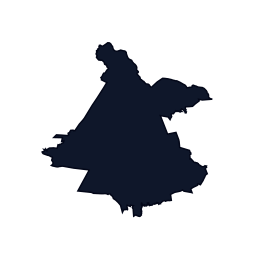 Jala, Nayarit, Mexico (Mercator projection), rotated 341°
{"feature_id": "50627088B47723743355914", "entity_name": "Jala", "entity_type": "district", "adm_level": 2, "iso_a3": "MEX", "parent_name": "Mexico", "parent_adm1": "Nayarit", "projection": "mercator", "projection_center": [-104.394, 21.203], "detail": "fine", "context": "isolated", "style": "filled", "palette": "ink", "viewbox_px": 256, "rotation_deg": 341, "n_neighbors": 0, "source": "geoboundaries", "source_scale": "gbopen_adm2", "svg_char_len": 5873}
<svg xmlns="http://www.w3.org/2000/svg" viewBox="0 0 256 256"><g transform="rotate(341 128 128)"><path d="M112.3,214.6L112.3,214.2L112.7,213.5L112.9,213.4L113.3,212.5L113.1,211.9L113.2,211.2L113.8,211.2L114.0,209.3L113.6,209.1L113.8,208.7L114.5,208.3L115.8,206.8L115.8,206.6L115.6,206.5L115.6,205.3L115.8,204.4L116.3,203.4L116.6,203.5L117.0,204.8L117.1,206.1L117.4,206.3L118.3,206.1L118.1,207.1L118.8,207.2L120.0,207.6L120.2,206.8L120.6,207.1L120.8,207.3L121.4,207.1L122.2,207.4L122.2,207.2L121.5,207.0L122.3,207.1L121.6,206.9L121.9,206.3L121.9,205.3L123.1,205.6L122.9,206.5L123.0,206.9L122.5,208.1L123.1,207.0L123.3,207.5L123.7,207.7L123.4,208.3L123.5,208.3L123.8,207.7L123.9,207.8L123.7,208.3L125.7,208.7L126.0,208.7L126.9,208.1L127.6,208.2L128.5,208.7L129.3,208.6L129.2,208.2L130.4,208.6L130.7,208.3L130.7,208.0L131.0,207.8L132.2,208.6L131.8,209.1L132.3,209.7L132.3,210.1L133.3,209.9L134.0,210.1L134.1,209.5L135.3,209.3L136.7,208.5L138.1,208.5L138.9,208.6L139.6,209.4L139.9,209.5L140.5,209.3L140.6,209.2L142.9,209.8L143.4,210.1L145.4,210.5L146.6,204.6L151.3,204.0L156.7,204.7L159.1,204.5L159.5,204.4L160.3,205.9L165.5,208.8L166.2,209.0L166.4,209.3L167.5,210.0L167.4,206.2L168.3,205.8L170.3,205.3L174.7,204.8L175.5,204.5L175.7,203.5L176.3,203.6L176.6,203.9L177.1,204.1L177.4,204.7L178.0,205.2L181.9,202.0L183.2,200.6L184.3,199.6L185.9,197.8L187.5,197.1L188.0,197.1L188.0,196.3L187.8,193.8L188.0,193.4L187.8,193.2L187.8,192.7L187.5,192.0L188.1,191.3L189.5,190.7L189.4,189.9L189.8,189.5L188.7,188.9L188.7,189.4L185.5,188.8L183.4,186.1L182.9,185.6L182.9,184.7L181.8,183.3L181.0,183.1L180.4,182.4L179.5,182.3L177.5,177.7L177.1,177.5L177.0,177.1L176.7,177.2L177.5,173.9L177.8,173.3L179.0,173.1L179.2,171.6L178.8,171.2L178.8,169.2L170.5,163.2L171.9,157.4L172.1,155.6L171.9,147.8L163.4,146.7L162.6,126.8L169.5,130.6L170.5,133.7L170.8,133.3L171.1,133.2L171.3,132.9L171.4,132.6L172.4,132.0L173.0,131.4L173.1,129.3L173.3,128.8L173.7,129.0L174.3,128.8L175.6,129.3L177.4,128.0L178.2,127.7L178.6,127.9L179.0,127.3L179.6,127.7L179.9,128.3L180.7,128.1L181.9,129.4L183.0,129.9L183.9,129.5L184.1,129.6L183.4,128.2L185.0,127.4L186.3,129.1L187.2,131.6L187.0,132.1L187.6,132.4L187.7,132.6L188.1,132.3L188.1,131.9L188.3,131.7L188.1,131.6L187.9,130.6L188.3,130.1L188.8,129.8L188.4,128.6L189.1,126.9L189.4,126.7L193.2,127.8L196.1,128.5L199.3,127.1L204.1,125.5L204.1,123.8L207.4,125.7L216.4,128.0L217.0,128.3L216.5,127.7L216.1,127.6L215.4,127.0L214.8,126.3L214.4,125.7L214.3,125.1L214.5,124.1L214.9,123.0L214.7,121.2L214.2,120.6L214.2,119.9L214.4,119.5L214.2,118.3L212.9,115.5L211.5,114.0L207.9,112.3L207.0,111.6L205.9,110.5L204.9,109.9L203.7,108.8L203.4,108.7L202.4,109.0L202.1,109.7L201.6,110.1L200.8,110.0L199.7,109.6L197.6,109.4L196.7,109.1L196.7,108.4L196.3,107.0L195.8,105.9L194.5,104.6L192.1,101.8L189.5,99.3L188.4,99.0L187.7,98.4L185.9,97.3L184.8,96.4L181.9,94.6L178.9,93.1L176.9,92.3L170.6,94.0L164.0,96.9L163.3,97.0L162.7,96.6L162.0,94.0L161.7,93.6L161.2,93.0L159.9,92.5L159.2,91.9L158.8,90.9L158.2,90.1L158.3,89.6L158.0,89.0L157.2,88.3L156.4,86.7L155.5,85.9L155.4,85.5L155.7,85.1L155.8,83.7L155.3,83.0L155.2,82.5L154.2,80.2L154.2,79.4L155.0,78.7L155.4,78.6L155.6,78.8L156.0,78.4L156.0,77.8L155.2,76.3L155.1,75.5L155.6,74.6L155.7,74.0L156.1,73.4L155.9,72.1L155.9,71.6L155.2,69.9L154.5,69.0L153.6,66.6L153.6,65.9L153.4,65.1L152.0,63.8L151.2,62.9L150.8,61.8L150.6,60.4L150.6,57.4L150.9,56.0L150.6,54.9L150.3,54.5L149.8,54.0L149.0,53.7L147.5,52.7L146.8,52.3L146.6,52.0L143.3,52.0L141.7,51.6L141.1,51.2L140.2,50.1L139.7,48.7L139.7,47.5L139.9,45.7L139.4,44.8L139.1,43.0L138.6,42.1L137.9,41.3L136.5,40.8L135.1,41.3L131.1,42.4L130.0,42.2L129.6,41.9L129.3,41.3L128.6,40.6L127.9,40.6L127.9,40.9L127.2,41.4L127.4,41.7L127.3,41.9L127.3,42.1L126.8,42.6L125.8,43.6L125.4,43.4L125.0,43.6L124.9,45.0L124.3,45.2L124.1,44.7L123.5,44.6L123.4,44.8L123.5,45.7L123.2,45.8L123.3,46.6L122.7,46.7L122.3,47.0L122.0,47.8L122.0,48.5L122.1,48.9L122.5,49.4L122.4,49.6L121.3,50.7L121.2,51.0L122.0,53.1L122.2,53.6L122.6,53.9L122.6,54.3L122.9,54.5L123.7,54.4L124.4,55.2L125.1,55.2L125.6,55.6L126.0,56.2L126.3,57.0L127.0,58.3L126.9,58.7L126.7,59.3L126.7,60.1L127.6,61.1L128.0,60.8L128.3,62.0L128.0,63.4L128.6,64.1L128.9,65.5L126.9,66.4L124.2,68.6L122.8,68.3L121.5,69.5L120.2,70.9L118.8,71.5L119.1,73.2L118.6,73.8L122.8,78.1L118.3,81.9L108.6,89.6L101.7,94.8L90.0,104.5L87.7,106.0L83.3,108.5L76.2,113.8L76.4,113.4L76.1,112.9L75.7,112.9L75.4,112.2L73.0,111.6L71.2,113.2L69.8,113.4L69.5,114.1L69.8,115.2L68.6,115.6L62.8,113.1L58.1,111.2L54.8,112.8L62.9,115.8L60.9,119.1L63.2,119.2L63.0,119.6L62.1,120.8L61.8,120.7L61.0,121.1L60.8,121.0L59.9,121.3L59.4,121.4L59.2,121.5L58.9,121.5L58.3,121.3L57.8,121.3L57.6,121.5L57.2,121.4L57.1,121.7L56.4,121.1L55.4,122.6L54.3,124.1L51.2,122.6L47.1,121.4L44.9,121.9L43.9,123.1L43.4,121.5L43.2,121.4L43.2,121.1L42.6,121.6L42.5,121.4L42.3,121.5L42.1,121.2L41.7,121.0L41.8,121.2L41.6,121.9L41.4,122.1L40.8,122.9L39.8,122.9L39.3,122.6L39.0,122.7L39.1,123.8L39.3,124.2L39.4,124.3L39.5,124.7L43.0,127.5L44.6,128.4L44.6,128.6L45.7,129.8L46.0,130.2L46.8,130.6L46.9,130.9L46.7,131.9L46.4,132.1L46.1,132.9L45.7,133.1L45.4,133.6L45.9,135.8L45.7,137.1L45.0,137.6L44.8,138.0L43.4,138.4L44.2,139.2L47.6,141.3L49.0,141.9L51.8,142.2L51.9,142.4L53.1,142.5L54.4,143.1L63.4,148.1L76.7,154.5L77.5,155.3L60.1,171.2L72.4,176.9L74.1,178.5L81.9,181.6L83.7,182.2L84.1,182.2L86.1,183.0L87.5,184.3L88.1,184.0L89.2,184.3L89.6,184.6L89.9,185.6L90.7,186.6L91.4,189.0L91.2,189.9L92.9,192.1L94.5,195.2L95.8,198.6L95.3,205.9L96.6,204.6L97.8,203.8L98.7,204.3L98.9,204.2L99.8,204.4L100.8,204.9L100.9,205.0L101.2,204.6L101.3,203.4L101.3,202.2L102.0,200.8L104.7,202.9L105.4,201.8L107.8,203.2L106.9,203.8L106.2,204.6L106.3,205.4L106.6,205.9L104.7,213.2L107.1,212.7L107.4,212.8L107.9,213.7L108.6,214.3L108.9,214.4L109.1,214.7L110.3,215.4L110.6,215.4L112.3,214.6Z" fill="#0f172a" stroke="#020617" stroke-width="1.5"/></g></svg>